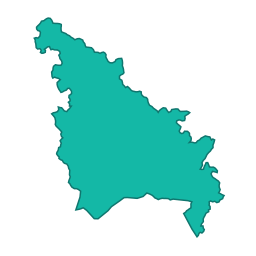 Caraíbas, Bahia, Brazil (Albers equal-area conic projection), rotated 276°
{"feature_id": "56859067B21681248066592", "entity_name": "Caraíbas", "entity_type": "district", "adm_level": 2, "iso_a3": "BRA", "parent_name": "Brazil", "parent_adm1": "Bahia", "projection": "albers", "projection_center": [-41.254, -14.633], "detail": "fine", "context": "isolated", "style": "filled", "palette": "teal", "viewbox_px": 256, "rotation_deg": 276, "n_neighbors": 0, "source": "geoboundaries", "source_scale": "gbopen_adm2", "svg_char_len": 4778}
<svg xmlns="http://www.w3.org/2000/svg" viewBox="0 0 256 256"><g transform="rotate(276 128 128)"><path d="M218.7,26.5L216.9,26.8L215.5,28.1L215.2,30.0L213.9,30.9L212.3,30.9L210.1,30.7L208.0,29.0L208.3,27.1L207.5,25.4L206.0,26.5L204.0,26.7L202.2,27.5L200.2,27.9L198.3,28.3L197.1,29.9L197.7,32.1L196.2,33.6L194.0,33.0L193.3,34.5L193.7,36.2L194.6,37.8L196.5,37.8L197.6,36.6L198.7,38.0L200.3,39.6L200.8,41.4L199.3,42.2L197.8,43.2L198.5,44.7L198.0,46.8L198.2,49.7L197.1,52.0L195.1,52.8L193.2,51.6L191.6,52.5L189.8,53.1L187.9,54.9L185.5,55.8L183.3,54.7L183.1,51.7L183.3,49.2L181.6,47.5L179.9,47.2L177.8,47.3L175.6,46.2L173.7,46.6L171.2,47.1L169.8,48.0L170.9,49.7L170.4,51.4L170.1,53.7L169.0,55.6L167.5,54.3L165.8,52.8L163.8,53.0L161.8,53.7L159.3,55.2L157.7,56.6L156.4,57.6L157.0,59.1L158.2,60.6L159.3,62.8L161.0,63.8L161.4,65.4L160.1,66.8L158.8,67.9L156.6,68.3L155.3,67.4L154.3,66.0L152.1,66.0L150.6,67.3L148.9,67.6L147.4,66.0L145.9,67.4L143.7,67.5L143.8,69.3L141.2,67.8L139.8,66.5L137.9,65.4L138.3,62.9L139.6,61.6L141.2,59.9L141.2,58.3L141.6,56.5L139.1,57.2L136.9,56.1L135.9,54.1L135.3,52.1L134.1,50.6L132.5,52.4L130.6,54.2L127.7,55.2L126.0,55.4L123.9,55.3L122.3,56.4L121.2,57.8L119.7,59.7L118.1,61.5L117.0,62.5L114.9,61.8L112.6,62.8L111.4,64.2L109.9,62.9L108.2,61.8L106.0,63.2L103.9,62.8L102.3,62.8L101.3,61.1L98.5,60.9L96.4,59.9L94.8,59.7L93.2,61.0L92.0,62.5L90.5,62.5L89.4,64.3L88.9,66.1L86.9,67.5L86.2,68.8L85.8,70.9L83.9,72.5L81.5,73.3L79.9,74.5L77.4,74.6L75.3,74.7L73.4,75.7L71.6,75.3L69.7,74.8L67.6,74.5L66.6,75.9L65.1,76.9L63.4,78.3L62.1,80.9L62.3,83.3L61.7,85.1L60.2,87.5L54.3,87.5L41.1,84.7L42.0,87.6L42.7,89.5L44.0,91.8L41.7,95.6L34.3,103.9L34.6,107.7L43.6,116.7L48.1,119.8L54.6,127.3L58.3,131.3L58.8,134.6L59.0,144.5L61.5,150.2L65.3,153.5L64.7,156.2L63.7,158.9L62.7,160.4L61.3,162.0L60.7,164.0L60.0,165.6L61.0,167.4L61.7,169.4L61.7,171.3L61.9,173.0L62.0,175.6L60.9,177.5L62.0,180.3L62.0,181.9L62.0,185.7L62.0,195.4L61.3,199.2L59.0,198.5L57.1,198.8L55.1,198.9L53.9,197.3L52.7,196.1L51.8,194.9L50.3,194.1L48.8,192.3L34.3,202.1L27.0,208.0L28.6,209.2L30.6,209.6L31.8,210.7L31.3,212.5L33.0,214.0L35.0,214.5L36.1,213.4L38.4,212.8L38.2,210.7L40.4,211.2L42.7,212.7L45.4,212.3L47.0,212.8L49.1,213.7L51.3,214.4L52.3,215.6L53.2,217.0L55.0,216.6L55.9,218.2L58.6,217.8L59.7,216.7L61.2,216.8L63.0,216.4L64.1,217.7L63.4,219.9L64.2,221.9L63.1,224.1L64.0,226.2L66.0,227.0L67.6,229.5L69.5,229.9L70.9,230.6L71.5,228.6L72.4,226.6L73.0,224.9L74.5,225.6L76.3,226.1L78.7,224.9L80.7,224.6L83.0,224.9L84.7,223.4L85.8,221.3L86.8,219.7L87.7,217.7L89.5,216.2L91.3,215.4L93.7,216.6L93.4,219.4L93.0,221.3L94.7,221.4L96.1,220.1L97.3,218.7L98.0,217.1L97.7,214.8L97.8,213.1L99.9,212.0L101.9,210.9L101.7,209.3L99.9,208.8L98.4,208.2L96.4,207.6L94.9,207.4L94.5,205.9L94.6,204.1L96.7,205.1L98.8,206.0L101.2,205.2L103.6,206.2L105.6,207.8L107.7,208.6L109.8,209.3L112.0,210.8L113.8,212.4L115.5,213.2L117.3,214.6L120.0,214.3L122.1,214.9L125.2,215.4L125.9,213.5L124.8,212.2L126.3,211.2L127.7,210.3L127.8,208.3L128.2,205.7L126.8,203.7L125.5,201.7L123.7,200.5L122.4,198.5L120.5,197.3L120.1,195.7L120.5,193.9L120.5,192.1L120.0,190.5L122.3,192.0L124.2,192.0L125.6,191.5L126.8,190.0L129.2,189.7L130.9,187.6L130.7,184.6L128.7,183.5L128.1,181.9L128.8,180.2L130.3,179.2L132.8,180.1L134.7,180.5L135.7,179.2L136.9,177.3L138.3,175.6L140.2,175.7L141.4,177.8L141.3,179.4L140.7,181.1L141.4,183.5L143.5,183.8L145.5,183.2L146.8,184.5L148.1,186.3L149.7,187.8L150.4,186.5L150.9,184.6L150.5,182.4L150.2,180.3L149.9,178.3L150.9,176.9L152.1,175.7L152.0,173.6L151.3,170.9L150.9,169.5L149.0,168.9L147.7,166.9L149.1,165.4L151.7,163.4L151.8,160.9L150.7,159.5L149.6,158.3L148.4,157.2L146.7,156.4L148.2,155.1L149.2,153.3L150.3,151.3L151.8,149.6L152.9,147.0L155.1,145.6L156.8,144.9L158.7,144.5L160.2,143.1L160.5,140.6L162.0,138.5L163.6,137.6L165.3,137.4L165.8,135.8L165.1,134.0L164.8,132.2L165.0,130.5L165.2,128.5L166.1,126.9L167.6,125.4L169.2,123.2L168.0,121.3L169.3,120.1L170.8,118.2L172.7,117.7L174.8,116.9L176.0,114.4L178.7,114.1L180.0,115.3L181.1,117.2L182.5,118.2L184.2,117.7L185.7,117.4L187.2,116.9L189.3,115.9L192.1,115.8L194.5,115.3L196.6,114.4L196.0,111.1L194.7,108.9L192.7,108.2L191.1,105.6L191.0,103.2L192.2,101.2L193.6,100.3L194.9,99.4L196.3,98.5L198.6,98.5L200.1,97.3L200.9,95.7L200.4,94.1L199.3,92.3L200.1,90.3L200.0,88.5L199.9,86.7L202.3,85.4L204.0,83.3L204.1,80.4L204.1,77.8L205.4,76.9L207.4,76.2L209.1,74.5L210.7,73.8L211.4,71.9L211.9,70.3L211.5,68.3L210.2,65.9L211.4,64.1L212.3,62.0L213.7,60.1L214.4,57.8L215.4,56.4L216.1,53.8L216.7,51.8L218.5,51.2L220.8,50.9L222.5,51.0L224.0,50.8L224.5,49.2L224.6,47.1L224.4,44.7L224.4,42.4L226.0,41.6L227.3,40.8L228.9,39.2L229.0,37.1L228.2,35.6L227.1,34.3L225.9,33.1L225.2,30.8L223.1,29.9L221.7,28.9L220.2,27.6L218.7,26.5Z" fill="#14b8a6" stroke="#0f766e" stroke-width="1.5"/></g></svg>